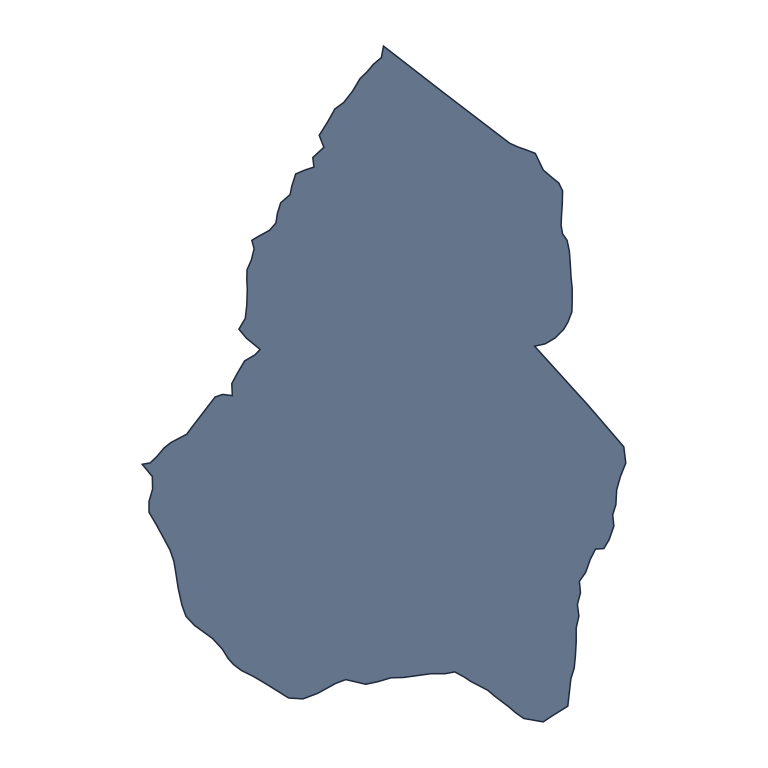 Zacarias, São Paulo, Brazil (Robinson projection)
{"feature_id": "56859067B49818137727493", "entity_name": "Zacarias", "entity_type": "district", "adm_level": 2, "iso_a3": "BRA", "parent_name": "Brazil", "parent_adm1": "São Paulo", "projection": "robinson", "projection_center": [-50.053, -21.112], "detail": "fine", "context": "isolated", "style": "filled", "palette": "slate", "viewbox_px": 768, "rotation_deg": 0, "n_neighbors": 0, "source": "geoboundaries", "source_scale": "gbopen_adm2", "svg_char_len": 1793}
<svg xmlns="http://www.w3.org/2000/svg" viewBox="0 0 768 768"><path d="M552.8,715.5L567.8,706.2L570.9,678.7L574.2,668.2L575.4,656.2L576.2,641.8L576.2,628.0L578.9,616.1L577.4,604.5L580.5,592.7L579.4,581.3L585.6,572.5L590.4,559.1L595.5,549.1L603.8,548.6L609.1,539.8L613.9,526.1L612.7,514.8L615.9,504.7L616.7,489.7L620.5,476.3L625.8,463.1L623.8,446.8L588.4,405.6L534.6,346.2L545.3,343.8L555.2,337.9L563.8,329.2L567.9,322.2L571.9,311.9L572.2,300.8L572.2,288.5L571.0,276.5L570.3,263.7L569.4,251.4L567.1,240.3L562.6,233.9L561.1,225.3L561.5,216.0L562.3,203.7L562.6,190.9L558.8,183.0L551.5,177.1L543.3,170.1L535.3,153.4L525.5,149.6L517.5,146.8L509.6,143.2L444.5,93.4L383.5,46.1L381.4,57.5L373.4,64.3L366.8,72.1L360.0,78.6L352.4,91.4L343.7,102.5L334.9,108.9L327.5,122.1L319.2,135.3L323.9,147.3L312.8,157.5L313.9,167.1L305.5,169.8L295.7,173.9L291.8,186.2L290.1,194.6L280.7,202.8L277.4,213.3L275.9,223.0L269.5,230.3L258.7,236.2L251.8,240.3L254.1,248.7L251.3,260.1L247.0,269.8L246.8,280.3L247.3,288.9L246.8,304.9L245.3,318.3L238.9,329.2L246.5,338.3L260.1,349.4L254.9,354.9L244.7,360.8L237.1,373.6L231.8,383.6L232.3,395.6L222.7,394.4L215.1,397.0L191.5,427.7L186.7,434.2L171.1,442.4L164.1,447.9L156.9,456.5L150.1,462.9L142.2,464.3L152.3,476.6L152.6,489.1L149.0,501.5L149.0,512.3L156.1,524.3L162.8,536.6L170.0,550.0L173.9,561.4L175.9,573.4L178.2,588.4L181.9,605.0L186.0,616.4L194.6,625.5L212.4,638.4L222.3,649.1L228.3,658.7L233.6,664.6L241.4,670.5L253.7,676.6L265.7,683.7L288.6,698.0L303.0,698.9L317.5,693.4L327.4,688.0L335.7,683.4L345.8,679.6L355.6,681.9L365.8,684.3L378.2,681.6L391.0,677.8L403.5,677.5L430.9,673.7L445.3,673.7L454.7,671.9L464.0,676.9L471.1,681.6L487.8,690.3L494.7,696.2L509.1,707.1L515.4,712.6L523.8,718.5L543.2,721.9L552.8,715.5Z" fill="#64748b" stroke="#1e293b" stroke-width="1.5"/></svg>